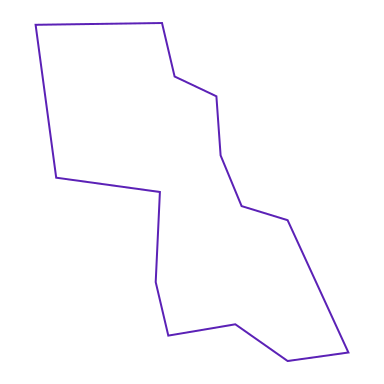 the border of Pasay
{"feature_id": "PHL-5554", "entity_name": "Pasay", "entity_type": "Highly Urbanized City", "adm_level": 1, "iso_a3": "PHL", "parent_name": "Philippines", "parent_adm1": "", "projection": "equal_earth", "projection_center": [121.011, 14.532], "detail": "fine", "context": "isolated", "style": "outline", "palette": "violet", "viewbox_px": 384, "rotation_deg": 0, "n_neighbors": 0, "source": "natural_earth", "source_scale": "10m", "svg_char_len": 300}
<svg xmlns="http://www.w3.org/2000/svg" viewBox="0 0 384 384"><path d="M56.2,177.7L35.6,24.8L162.0,23.0L174.6,76.5L216.4,96.3L220.6,155.4L241.6,206.1L287.6,220.2L348.4,352.5L287.6,361.0L235.3,324.3L168.3,335.6L155.7,282.1L159.9,192.0L56.2,177.7Z" fill="none" stroke="#5b21b6" stroke-width="2"/></svg>